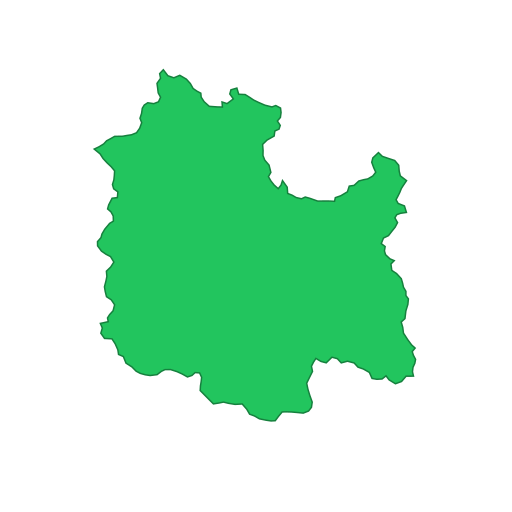 Jundiaí, São Paulo, Brazil, rotated 288°
{"feature_id": "56859067B11447727870943", "entity_name": "Jundiaí", "entity_type": "district", "adm_level": 2, "iso_a3": "BRA", "parent_name": "Brazil", "parent_adm1": "São Paulo", "projection": "robinson", "projection_center": [-46.901, -23.201], "detail": "fine", "context": "isolated", "style": "filled", "palette": "green", "viewbox_px": 512, "rotation_deg": 288, "n_neighbors": 0, "source": "geoboundaries", "source_scale": "gbopen_adm2", "svg_char_len": 3430}
<svg xmlns="http://www.w3.org/2000/svg" viewBox="0 0 512 512"><g transform="rotate(288 256 256)"><path d="M190.4,442.9L194.2,440.6L198.6,439.7L203.0,440.2L207.0,439.7L210.2,436.4L213.4,434.1L217.6,435.8L219.5,431.5L223.2,426.3L228.2,420.1L233.5,417.6L238.1,414.5L242.5,417.0L250.1,415.5L256.9,415.4L262.3,414.2L264.7,410.8L268.7,409.5L271.9,405.9L275.5,403.8L279.3,401.2L282.7,395.2L284.3,389.6L290.1,386.8L294.3,388.9L294.7,384.3L297.3,378.8L300.5,376.6L304.9,375.9L306.5,371.3L312.5,371.7L316.3,375.7L321.3,377.5L326.3,379.4L331.5,380.3L335.2,376.3L338.8,377.1L341.3,380.3L343.9,385.6L349.5,381.7L349.9,375.0L352.8,371.8L356.8,372.5L360.9,373.1L365.2,373.4L369.0,374.4L374.2,375.9L376.8,368.5L380.9,366.0L386.4,363.7L389.7,358.4L389.7,352.0L389.8,345.4L392.2,340.5L385.4,336.8L380.9,337.1L376.3,340.7L372.7,344.0L368.1,342.3L363.8,338.4L361.9,334.9L359.1,330.6L353.5,327.5L351.3,323.1L345.3,323.1L339.5,318.0L336.0,313.4L332.3,313.8L330.9,308.7L329.2,303.4L327.3,297.8L327.5,289.3L327.3,284.6L324.5,281.6L324.0,276.1L325.0,271.6L325.3,266.8L331.1,264.4L335.9,257.9L331.1,257.9L326.9,256.3L329.1,251.3L331.9,247.1L335.3,243.3L340.1,244.3L346.5,240.3L349.9,234.7L353.7,231.6L358.6,230.1L364.2,227.8L369.7,230.7L375.7,236.2L380.7,235.3L383.8,238.7L387.7,238.7L391.0,234.6L395.3,236.4L400.2,235.5L404.3,233.6L405.2,228.3L402.7,225.1L402.2,217.8L402.9,210.6L403.6,205.6L404.8,201.4L406.2,195.8L404.5,189.6L409.8,185.9L406.3,180.8L402.0,181.0L398.4,185.9L392.0,181.4L392.0,176.1L387.3,178.0L385.9,173.4L383.9,165.3L386.7,159.0L390.1,154.8L393.8,153.2L394.5,149.0L395.9,144.4L399.7,140.3L402.7,135.1L404.3,127.7L400.1,122.8L400.2,116.5L404.5,110.3L399.7,108.0L395.5,110.3L389.6,108.5L385.0,110.7L380.9,112.6L377.5,116.2L372.5,115.6L369.3,111.7L368.3,105.7L365.1,103.1L361.4,102.2L356.3,103.1L351.1,103.1L347.5,106.1L341.6,105.9L336.3,104.3L332.8,100.1L330.7,95.9L328.7,92.2L326.1,84.6L322.3,81.1L319.4,78.3L315.5,76.5L311.1,72.7L307.7,69.1L304.9,76.2L301.4,80.5L298.5,85.7L296.2,90.6L293.3,95.2L288.7,96.4L284.5,97.3L279.6,97.4L275.9,99.9L274.3,104.8L268.7,106.1L266.5,101.3L259.1,100.1L254.9,100.3L253.1,104.5L250.0,107.8L245.1,109.6L241.8,106.7L234.8,103.9L229.3,102.7L225.6,102.9L220.7,100.8L216.7,102.2L212.9,107.5L211.3,112.8L210.5,117.8L206.3,122.7L200.6,121.2L195.3,118.4L190.4,120.5L186.0,121.0L179.8,121.4L175.6,123.6L171.1,126.4L169.6,131.9L165.9,136.6L159.7,137.0L155.1,134.9L151.2,133.9L147.9,135.8L143.8,128.8L140.0,132.1L134.6,132.3L130.8,137.4L132.7,144.6L129.0,149.2L124.1,153.6L119.9,155.7L119.4,160.9L113.9,165.5L112.2,172.2L109.4,177.6L108.6,182.2L108.8,187.3L109.6,192.2L112.6,198.6L117.1,201.7L119.8,204.5L121.6,209.8L121.6,216.7L121.0,222.1L119.8,228.2L122.6,232.0L126.3,234.1L127.4,238.5L123.8,241.8L119.4,242.7L115.4,243.3L110.8,244.5L107.8,250.3L105.0,255.7L102.2,261.2L104.9,266.5L107.0,270.2L107.4,275.4L108.4,281.9L111.0,288.6L107.4,294.6L103.6,298.8L103.4,303.9L102.2,309.6L103.0,316.6L103.8,321.3L105.3,325.2L110.6,327.0L115.8,329.1L117.2,333.1L118.6,337.9L120.0,344.0L121.2,349.5L124.8,353.9L129.2,355.5L134.4,354.6L140.1,350.2L145.4,346.5L150.7,343.5L157.0,344.4L163.7,345.4L168.3,342.8L172.9,343.5L177.1,344.6L175.8,350.4L176.1,355.8L183.2,359.5L183.5,365.1L180.7,370.1L184.2,375.5L184.6,382.4L181.8,387.3L181.7,393.0L180.3,399.8L175.4,404.2L176.1,409.0L178.0,413.9L182.2,416.7L179.3,420.9L177.6,428.1L181.6,433.2L188.1,435.9L190.4,442.9Z" fill="#22c55e" stroke="#15803d" stroke-width="1.5"/></g></svg>